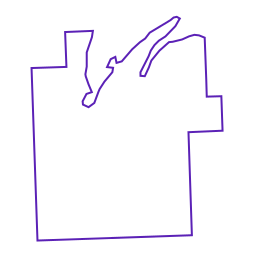 Baraga, Michigan, United States of America, rotated 358°
{"feature_id": "52423323B69174987336620", "entity_name": "Baraga", "entity_type": "district", "adm_level": 2, "iso_a3": "USA", "parent_name": "United States of America", "parent_adm1": "Michigan", "projection": "mercator", "projection_center": [-88.299, 46.693], "detail": "fine", "context": "isolated", "style": "outline", "palette": "violet", "viewbox_px": 256, "rotation_deg": 358, "n_neighbors": 0, "source": "geoboundaries", "source_scale": "gbopen_adm2", "svg_char_len": 827}
<svg xmlns="http://www.w3.org/2000/svg" viewBox="0 0 256 256"><g transform="rotate(358 128 128)"><path d="M188.1,237.4L188.3,134.3L222.4,134.0L222.4,99.5L207.8,99.4L207.9,82.0L207.8,40.4L202.2,37.9L197.6,37.2L192.3,38.5L185.2,41.4L175.6,43.4L172.0,43.6L162.1,51.8L153.7,61.4L151.0,68.1L146.6,76.8L142.3,76.3L142.4,72.7L151.1,57.0L153.5,51.4L157.3,46.1L161.9,41.8L168.6,37.8L178.9,27.9L183.6,20.4L180.6,18.6L177.4,19.2L174.2,21.7L153.0,33.5L148.3,39.2L142.9,42.7L134.9,49.5L124.1,61.2L118.8,62.5L117.8,56.5L113.1,58.6L109.2,66.4L115.2,67.3L114.3,71.7L106.1,80.8L101.0,88.1L99.7,90.9L95.2,101.8L89.3,105.8L83.8,103.0L83.6,99.7L87.7,92.5L93.1,90.9L90.1,83.0L87.6,75.0L87.3,72.8L88.9,65.2L89.4,51.0L95.1,36.0L96.3,29.7L68.5,29.9L68.6,64.8L33.7,64.7L33.6,237.3L188.1,237.4Z" fill="none" stroke="#5b21b6" stroke-width="2"/></g></svg>